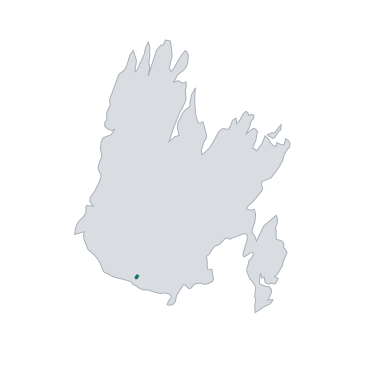 Ballymun-Finglas Lea-6, Dublin, Ireland shown in context, rotated 123°
{"feature_id": "5873133B16381399369592", "entity_name": "Ballymun-Finglas Lea-6", "entity_type": "district", "adm_level": 2, "iso_a3": "IRL", "parent_name": "Ireland", "parent_adm1": "Dublin", "projection": "equal_earth", "projection_center": [-6.294, 53.391], "detail": "fine", "context": "in_parent", "style": "filled", "palette": "teal", "viewbox_px": 384, "rotation_deg": 123, "n_neighbors": 0, "source": "geoboundaries", "source_scale": "gbopen_adm2", "svg_char_len": 4251}
<svg xmlns="http://www.w3.org/2000/svg" viewBox="0 0 384 384"><g transform="rotate(123 192 192)"><path d="M245.5,82.5L237.3,86.6L236.1,88.2L233.7,94.4L233.4,96.2L228.3,103.2L225.4,104.6L221.1,105.7L218.6,106.9L215.5,106.3L211.6,106.4L209.7,107.6L209.8,108.6L210.9,109.7L218.1,112.9L217.6,114.3L215.6,115.8L202.6,119.5L198.7,121.8L197.4,123.3L198.7,125.8L209.0,133.4L210.7,134.2L212.2,138.6L221.3,140.5L225.0,143.2L228.2,143.9L235.2,143.7L238.0,144.7L239.6,143.9L240.5,142.5L248.4,137.1L246.0,133.1L253.9,126.2L256.1,126.3L259.8,128.4L262.8,131.3L263.8,135.2L266.7,138.7L268.5,139.9L273.5,140.6L274.7,142.0L273.8,147.0L274.5,148.7L287.4,148.6L292.5,146.4L296.9,146.8L299.1,149.1L300.1,151.4L296.3,152.3L292.3,151.8L290.3,153.4L290.2,156.3L291.6,160.1L294.2,162.9L296.4,169.0L298.2,175.8L300.9,179.9L301.5,185.0L301.1,187.5L301.6,192.1L300.4,193.7L301.3,197.9L306.0,211.7L307.0,222.4L304.6,226.4L301.6,230.3L299.5,234.8L298.0,239.8L297.0,247.7L290.3,257.0L287.4,259.3L284.1,260.8L291.4,267.3L285.4,270.2L278.9,271.1L271.7,269.5L267.3,269.7L261.6,273.1L260.3,272.5L257.6,267.1L255.6,272.7L251.5,274.4L244.4,274.0L232.5,275.5L228.0,277.1L226.0,279.6L224.6,282.4L222.7,284.1L220.6,285.0L211.5,287.1L209.7,288.0L205.4,292.6L199.8,295.3L195.1,296.1L191.1,293.4L189.4,291.8L187.5,291.0L181.3,291.1L183.2,291.9L184.5,293.8L185.1,297.5L184.3,301.1L181.2,302.9L177.4,303.2L171.5,306.9L163.8,307.9L159.6,311.4L133.9,317.2L132.4,317.2L128.9,315.8L125.1,315.1L121.3,315.6L110.4,318.8L105.3,318.2L112.1,310.1L121.1,306.0L122.0,304.9L119.1,304.4L102.2,307.2L96.2,309.6L90.3,310.3L93.1,306.6L100.8,301.6L107.5,298.3L110.3,295.4L118.4,292.0L92.6,298.9L85.8,298.1L84.3,296.2L79.0,297.1L77.2,292.4L85.1,285.4L89.7,282.3L95.1,280.7L100.4,278.4L102.4,275.5L100.0,274.6L84.4,275.3L77.0,274.7L77.5,272.4L78.9,269.9L86.7,265.6L90.9,265.0L94.6,265.4L101.1,267.9L109.8,267.1L106.2,264.3L105.7,258.8L103.0,256.9L106.6,254.3L110.7,252.8L117.6,247.4L120.1,246.6L133.5,245.3L148.0,242.5L162.4,238.7L155.1,236.5L151.6,233.7L145.9,239.4L141.7,241.6L130.2,242.8L126.6,242.2L121.5,240.4L119.9,241.1L118.4,242.4L110.7,245.3L102.7,245.9L112.1,240.8L124.1,232.0L126.8,229.2L130.7,224.4L129.5,222.3L127.1,221.1L135.9,211.2L138.9,209.4L144.4,209.2L148.4,207.6L150.2,207.6L151.7,207.0L155.3,204.1L149.9,202.2L144.4,201.2L127.1,202.3L124.8,202.0L122.7,201.1L121.4,199.8L120.4,196.5L119.2,195.7L115.3,195.7L111.4,196.8L108.7,196.7L106.1,195.2L110.4,191.8L105.0,191.0L99.5,191.7L95.0,190.6L94.9,188.5L97.0,186.4L94.4,184.3L93.9,181.8L96.8,180.5L100.0,181.0L106.4,179.1L114.6,178.2L107.6,176.3L104.9,174.7L104.8,172.3L105.4,170.2L113.6,166.7L122.4,165.1L121.8,162.8L122.4,160.3L113.7,159.6L105.0,161.3L106.0,156.6L108.2,152.2L108.7,149.4L108.4,146.4L104.3,147.7L103.9,143.4L102.3,140.4L96.2,142.5L96.5,138.6L98.3,135.9L101.5,134.7L104.5,135.2L110.3,135.2L115.9,133.2L123.9,132.6L136.7,133.3L145.3,139.0L147.6,138.0L151.2,134.4L152.9,134.0L166.1,135.5L174.3,137.6L176.5,137.0L175.3,132.9L172.6,130.2L176.2,126.5L180.5,124.1L183.4,122.8L190.1,121.3L193.0,119.9L195.0,115.2L198.1,111.3L181.4,113.3L165.7,108.7L168.2,105.5L171.6,103.6L177.4,102.2L178.0,100.5L180.9,99.1L185.8,95.4L184.1,90.6L185.1,87.1L188.6,84.8L189.7,81.5L191.3,79.1L198.4,78.2L205.1,76.0L215.6,75.7L218.2,76.6L217.7,72.6L222.6,72.1L224.5,72.9L225.3,75.7L227.5,77.5L228.2,80.6L226.6,83.0L224.1,84.9L226.4,86.8L222.8,90.2L226.7,88.8L232.1,85.4L231.9,82.7L231.0,79.2L229.5,76.1L230.2,72.7L233.3,70.5L241.3,69.4L238.1,65.5L241.0,65.2L244.2,66.0L248.8,69.0L258.7,73.3L253.9,77.1L247.9,79.7L245.5,82.5ZM103.3,158.1L103.0,160.0L99.3,157.7L97.5,155.1L86.9,154.0L91.4,151.4L93.5,152.2L101.0,152.3L103.0,153.4L103.3,158.1Z" fill="#d9dde1" stroke="#a8b0b8" stroke-width="1"/><path d="M291.5,192.8L291.9,192.9L292.1,192.9L292.4,193.0L292.5,193.0L292.8,193.0L293.0,192.9L293.3,193.0L293.3,192.9L293.5,192.9L293.8,192.9L294.5,192.9L294.5,192.7L294.5,192.4L294.5,192.2L294.8,192.0L295.0,192.0L295.2,191.9L295.2,191.7L294.6,191.4L294.3,191.3L294.3,191.2L294.2,191.1L293.8,191.1L293.6,191.1L293.2,191.0L293.1,191.4L293.2,191.5L292.6,191.4L292.5,191.5L292.5,191.4L292.3,191.3L292.2,191.3L291.9,191.5L291.7,191.4L291.7,191.6L291.7,191.8L291.6,192.0L291.6,192.3L291.6,192.5L291.5,192.8Z" fill="#14b8a6" stroke="#0f766e" stroke-width="1.5"/></g></svg>